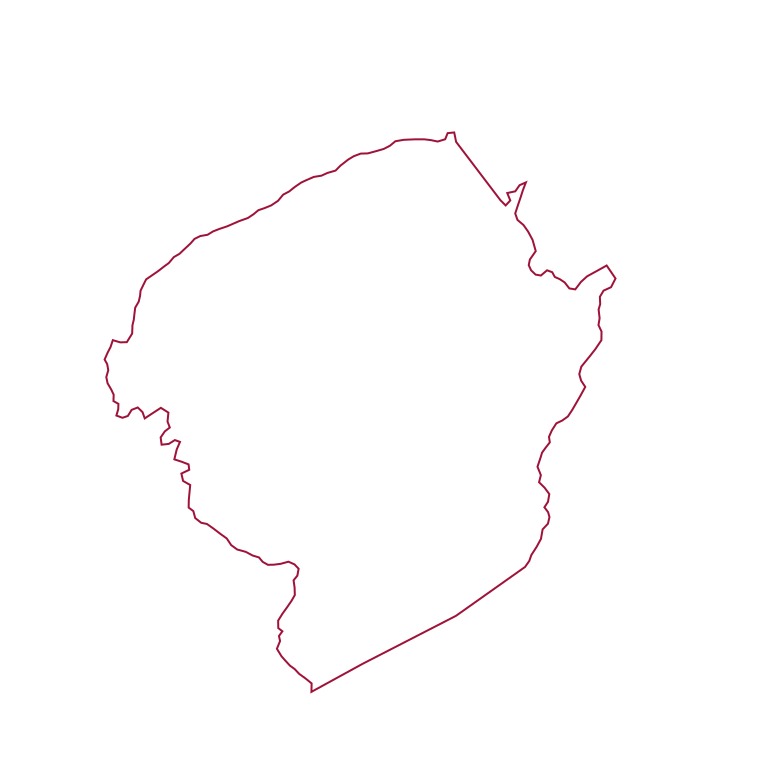 Serra, Espírito Santo, Brazil, rotated 232°
{"feature_id": "56859067B13062321708335", "entity_name": "Serra", "entity_type": "district", "adm_level": 2, "iso_a3": "BRA", "parent_name": "Brazil", "parent_adm1": "Espírito Santo", "projection": "robinson", "projection_center": [-40.286, -20.137], "detail": "fine", "context": "isolated", "style": "outline", "palette": "rose", "viewbox_px": 768, "rotation_deg": 232, "n_neighbors": 0, "source": "geoboundaries", "source_scale": "gbopen_adm2", "svg_char_len": 2830}
<svg xmlns="http://www.w3.org/2000/svg" viewBox="0 0 768 768"><g transform="rotate(232 384 384)"><path d="M340.3,632.4L341.9,622.1L343.8,610.4L343.2,602.1L340.8,593.0L345.2,588.9L352.8,588.9L358.3,587.1L363.2,584.5L368.5,585.4L373.2,582.5L372.9,574.4L376.9,570.8L383.0,569.9L388.5,571.2L392.3,575.6L395.3,585.4L406.1,589.8L415.4,591.4L423.4,591.8L431.1,590.2L437.6,592.4L442.3,599.4L447.0,606.6L451.1,612.6L455.5,619.9L457.2,613.2L455.0,606.1L458.6,598.7L450.9,596.5L449.8,589.8L457.2,588.9L530.4,589.9L539.0,594.2L542.5,588.6L539.2,582.9L542.0,575.6L547.2,571.2L551.9,566.5L557.4,559.5L564.2,550.0L568.3,542.4L568.1,535.4L569.4,528.5L572.2,521.5L575.7,513.2L579.9,507.5L582.1,500.5L582.9,494.0L582.9,484.1L582.0,477.2L585.1,469.5L586.7,462.9L590.4,456.2L592.3,448.9L593.7,442.9L594.2,435.0L594.1,427.8L595.3,421.1L593.6,413.3L594.2,405.0L596.2,398.0L598.3,392.0L598.1,385.9L598.6,379.0L601.6,369.9L604.8,357.5L607.6,349.6L609.5,343.2L610.2,336.9L613.7,330.3L615.0,324.0L613.9,318.2L613.2,310.3L612.5,303.0L613.4,296.5L611.8,288.8L612.0,283.0L612.0,275.8L612.5,267.3L612.9,261.0L610.4,255.7L607.4,249.6L603.6,246.0L599.9,241.4L597.3,234.9L592.9,230.5L588.7,226.4L585.2,222.0L578.8,216.6L575.3,207.1L579.2,201.8L585.5,197.3L581.5,191.3L578.9,185.6L575.3,178.9L570.1,178.1L564.6,175.2L560.4,169.4L554.7,166.6L547.8,165.7L542.0,164.4L537.1,160.3L531.9,162.5L527.8,159.1L523.9,153.7L518.4,157.1L516.5,162.5L519.0,169.2L517.1,175.5L510.5,176.4L504.2,174.3L503.5,183.0L502.6,193.5L494.2,196.5L487.7,190.3L481.6,188.4L481.6,182.1L479.4,175.1L473.1,171.4L469.3,177.5L468.6,184.6L464.0,187.6L460.0,180.3L453.7,172.4L447.3,176.7L441.0,180.5L436.3,177.7L438.2,169.2L431.3,166.0L423.7,169.1L418.1,163.8L412.7,158.7L406.9,154.0L401.2,155.5L394.6,152.7L387.2,154.5L382.7,158.3L375.1,160.6L366.2,162.9L359.1,165.0L351.1,164.4L344.0,166.4L336.9,171.7L329.7,174.9L324.3,178.7L318.5,178.9L313.0,181.2L309.4,186.0L305.9,191.9L302.8,199.3L297.0,202.4L291.0,203.0L286.3,197.7L285.0,191.9L278.6,188.2L272.6,183.8L270.1,177.7L267.7,170.1L265.5,162.5L262.7,154.9L256.7,150.4L251.7,151.7L250.1,146.1L245.4,143.8L241.3,136.6L232.6,135.6L227.3,135.9L219.9,136.5L214.4,138.1L207.8,138.7L199.8,141.0L192.6,142.6L186.1,137.3L176.7,194.7L175.6,200.5L157.0,298.0L153.0,382.5L155.1,389.5L158.5,394.8L161.7,404.0L165.3,412.3L171.8,419.5L173.0,427.2L177.3,432.5L182.0,434.4L188.1,434.5L190.2,440.7L195.5,446.5L203.4,446.7L211.1,445.7L215.6,451.5L224.3,454.0L229.5,461.9L232.6,466.3L234.2,471.8L235.9,478.7L240.8,481.5L244.1,487.7L246.9,495.6L245.5,501.9L245.2,508.9L247.7,516.4L250.7,523.9L254.0,532.0L257.8,540.8L265.3,541.4L271.6,544.0L276.2,550.2L279.3,563.7L281.4,572.2L284.7,582.3L291.4,587.7L298.4,589.3L303.1,594.4L310.6,599.0L313.8,603.5L319.8,607.8L322.4,614.5L320.5,622.5L324.6,631.4L340.3,632.4Z" fill="none" stroke="#9f1239" stroke-width="2"/></g></svg>